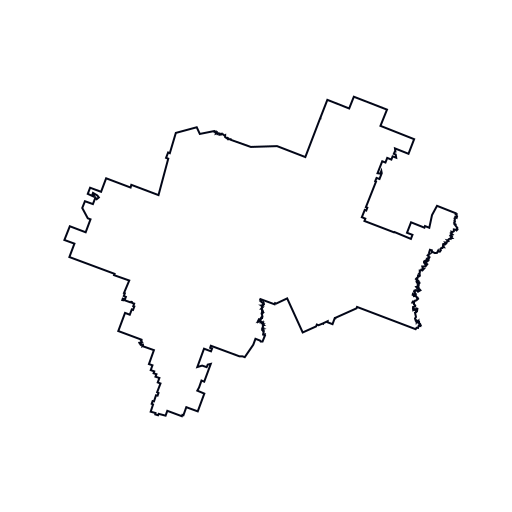 the district of Carrathool, New South Wales, Australia, rotated 283°
{"feature_id": "25037944B9270414762897", "entity_name": "Carrathool", "entity_type": "district", "adm_level": 2, "iso_a3": "AUS", "parent_name": "Australia", "parent_adm1": "New South Wales", "projection": "albers", "projection_center": [145.4, -33.626], "detail": "fine", "context": "isolated", "style": "outline", "palette": "ink", "viewbox_px": 512, "rotation_deg": 283, "n_neighbors": 0, "source": "geoboundaries", "source_scale": "gbopen_adm2", "svg_char_len": 6113}
<svg xmlns="http://www.w3.org/2000/svg" viewBox="0 0 512 512"><g transform="rotate(283 256 256)"><path d="M91.5,234.2L110.3,236.6L111.6,229.1L115.1,230.1L122.4,230.9L121.9,233.8L140.7,236.2L139.3,233.4L136.6,232.9L137.1,228.2L134.6,223.8L154.0,226.2L153.0,233.6L155.9,234.0L156.2,232.0L158.4,232.2L154.5,262.5L155.2,265.4L154.9,267.8L168.9,273.3L175.2,274.1L174.5,279.0L173.7,279.8L174.1,281.6L180.4,282.6L180.4,282.2L181.4,282.2L181.0,281.6L181.4,281.3L181.2,280.6L183.1,280.5L183.3,281.4L183.4,280.6L184.6,280.5L184.6,279.6L185.6,279.3L185.5,278.7L186.3,278.7L186.0,278.8L186.5,279.5L186.5,279.0L187.1,279.1L186.9,278.4L189.8,278.7L189.7,277.8L190.2,278.8L190.3,278.4L190.8,278.6L190.6,278.2L190.8,278.4L191.2,278.3L190.8,277.9L191.2,278.1L191.4,277.3L191.5,277.7L192.5,277.8L192.1,277.1L192.7,277.1L192.3,276.7L193.0,275.9L192.6,276.0L192.4,275.6L192.9,275.6L192.9,274.6L193.6,274.5L192.7,273.4L193.3,273.5L193.0,273.0L193.4,273.2L193.4,272.7L195.0,273.1L194.8,274.0L196.4,274.7L196.1,275.1L197.0,275.3L197.0,275.9L197.8,275.9L197.7,275.2L198.9,275.7L200.5,274.8L201.2,275.1L201.5,274.6L202.0,275.1L202.0,274.5L202.9,274.5L202.5,275.4L203.1,275.5L204.4,274.7L204.3,274.1L205.9,273.7L205.8,273.0L207.5,274.0L207.9,273.1L208.8,273.4L209.0,272.7L209.3,273.8L209.7,273.3L210.7,273.7L210.9,274.5L211.7,274.2L211.5,273.7L212.4,273.3L212.0,273.0L212.2,271.8L213.2,271.4L213.2,270.5L214.5,270.6L214.5,269.9L215.0,270.0L213.1,285.0L214.4,285.2L214.2,286.4L221.7,295.9L192.0,318.7L200.9,330.4L202.9,330.7L202.6,332.5L205.1,336.0L205.0,336.7L205.8,336.9L208.6,340.5L207.5,340.7L206.8,345.9L213.2,346.7L213.2,347.4L213.8,347.5L227.6,365.7L229.1,365.9L220.6,428.0L222.2,428.6L222.4,430.1L224.6,430.2L224.7,431.5L225.6,431.0L225.7,431.9L226.8,431.1L227.1,430.1L228.8,429.6L228.8,429.2L227.5,429.5L227.6,428.5L229.0,428.5L228.2,427.9L228.8,427.4L228.0,427.2L228.6,427.0L228.7,426.3L230.9,425.0L232.6,425.6L236.5,423.7L237.2,424.6L238.7,424.1L238.6,425.3L240.9,425.1L241.0,424.2L239.1,423.0L239.2,422.0L238.6,421.4L239.3,421.1L239.5,421.9L240.0,422.0L240.3,420.8L241.6,420.5L242.6,422.4L243.6,422.3L244.5,420.8L246.0,420.5L245.8,418.8L247.0,419.1L247.4,420.7L248.3,421.0L248.8,422.2L250.8,423.6L251.8,422.7L251.5,422.1L253.2,420.7L252.4,418.9L253.3,418.4L253.4,417.4L254.3,417.4L253.8,419.1L254.9,420.2L255.9,419.0L257.0,418.8L256.9,418.0L257.9,418.1L258.7,419.4L258.4,420.2L258.9,420.6L257.7,421.9L259.6,423.9L260.3,422.9L260.1,422.3L261.3,421.8L260.8,420.4L261.9,419.1L262.5,420.6L263.3,420.3L263.2,421.1L264.4,421.1L264.8,420.5L266.5,421.4L267.8,420.5L267.3,420.6L265.9,419.4L266.4,418.7L267.2,418.2L268.4,419.3L269.0,417.7L269.6,418.4L270.3,418.3L270.4,417.5L271.8,418.5L273.2,418.3L272.9,420.4L273.2,419.8L273.6,420.1L274.9,419.6L275.3,418.8L276.4,419.4L278.7,418.8L278.9,419.7L279.9,420.1L279.4,421.4L281.2,422.4L281.0,421.6L283.2,420.4L284.0,423.5L286.5,424.7L287.0,423.6L286.0,422.7L287.4,421.2L288.5,421.0L289.6,422.1L288.8,422.7L289.5,423.4L289.1,423.9L289.7,424.4L289.8,423.5L290.6,423.4L290.9,425.0L291.6,424.9L291.1,424.5L292.0,423.4L292.8,425.0L293.5,425.2L293.4,424.3L294.5,424.4L295.2,423.1L295.8,423.5L295.7,424.0L296.5,423.8L297.3,424.8L298.3,423.9L301.2,424.1L301.1,426.1L299.1,426.5L299.7,427.1L299.1,429.5L299.7,431.6L302.3,432.3L301.4,433.0L301.6,434.2L303.2,434.8L304.1,434.0L305.4,434.7L305.7,435.8L306.8,435.9L306.9,437.1L308.1,435.9L309.7,435.7L310.1,436.5L309.6,437.4L311.0,438.5L311.8,437.4L312.0,438.3L313.6,439.8L314.2,439.0L314.2,440.1L315.1,439.7L316.0,440.3L316.6,441.1L316.5,441.9L317.3,442.0L317.6,443.0L318.2,442.0L319.0,442.4L319.5,440.7L320.1,440.9L321.1,442.6L322.2,440.7L322.9,441.3L323.6,441.0L323.5,442.0L324.6,443.2L326.4,442.8L326.5,444.5L326.0,445.6L327.1,446.3L327.7,445.6L328.6,445.9L330.5,443.6L331.3,443.5L331.1,442.9L331.6,442.2L332.4,442.3L332.8,441.6L334.2,442.1L334.8,441.4L335.9,441.7L337.3,441.0L337.8,441.5L338.7,441.4L338.3,442.9L339.9,443.0L340.3,442.2L341.9,442.1L341.8,441.1L342.6,441.0L345.6,421.1L335.5,418.3L322.5,418.5L323.2,413.9L321.5,413.7L323.7,399.5L312.6,397.9L311.8,403.7L307.5,403.1L310.5,385.5L310.1,385.2L314.5,353.8L317.0,354.1L317.6,350.4L325.4,351.6L325.1,353.2L328.1,353.6L328.3,352.1L355.5,356.2L355.7,355.3L359.2,355.9L358.8,359.0L365.0,359.9L367.0,359.0L364.2,358.6L364.0,355.8L376.7,357.7L376.2,361.1L381.1,361.8L380.4,366.2L383.8,366.7L383.3,370.5L386.3,369.3L386.6,367.3L389.1,367.8L389.2,368.3L392.1,367.2L389.9,381.6L405.4,383.8L410.8,348.0L428.1,350.7L433.2,315.5L420.7,313.6L424.2,290.4L404.9,287.6L404.7,288.6L404.4,287.5L363.5,281.8L367.8,251.8L361.1,226.4L363.5,205.5L364.1,205.1L363.5,202.7L364.4,202.6L364.7,201.7L364.1,201.3L364.9,199.2L366.7,198.8L366.2,198.3L367.1,196.6L367.0,195.6L367.5,195.2L366.8,194.2L366.4,194.4L365.9,193.1L366.6,192.9L365.9,192.2L366.9,192.5L367.2,192.1L366.2,191.0L367.0,190.5L366.3,189.5L367.6,189.7L367.3,189.0L367.9,188.9L367.6,188.5L368.1,188.0L367.7,187.5L368.3,187.1L362.3,173.8L368.1,169.3L357.9,150.2L336.8,148.9L337.1,147.1L331.4,146.3L331.1,148.6L293.4,147.3L297.3,118.5L294.5,118.4L298.0,92.5L283.7,90.6L285.2,79.0L278.7,78.1L277.4,84.4L278.8,84.6L279.4,82.8L280.8,83.0L279.3,87.7L277.7,89.7L275.5,88.0L276.7,86.4L269.9,85.4L270.9,77.0L263.7,75.9L254.9,83.6L254.5,86.5L240.8,84.7L243.1,67.9L228.5,65.7L227.2,76.3L213.0,74.4L206.8,122.2L205.4,122.0L203.6,138.0L190.2,135.7L190.1,136.6L187.3,136.2L186.9,138.4L184.2,138.0L184.5,135.8L183.0,135.6L183.0,136.5L183.5,136.6L182.6,144.0L183.3,144.6L183.3,145.4L182.4,145.9L182.2,148.0L179.5,147.7L179.4,148.8L175.8,148.3L176.0,147.0L170.4,146.2L171.1,141.2L151.9,138.7L148.6,164.1L148.3,163.0L147.7,162.9L147.2,163.8L146.3,163.5L146.0,164.1L145.2,161.9L144.4,162.5L144.4,163.6L143.5,163.8L143.9,165.6L142.6,165.6L143.0,166.1L142.6,166.2L141.3,177.7L126.6,176.0L126.2,179.7L121.1,179.1L120.7,182.8L118.7,182.6L118.4,185.6L115.8,185.2L115.4,189.3L110.7,188.7L110.3,191.6L101.0,190.3L100.6,191.8L97.8,191.5L97.8,189.9L91.4,189.3L91.4,187.9L88.5,187.6L88.2,189.1L80.6,188.4L80.4,193.4L79.0,193.5L78.8,196.4L80.3,196.7L80.1,203.8L85.2,204.4L83.2,219.8L84.6,220.0L84.5,221.1L93.0,222.1L91.5,234.2Z" fill="none" stroke="#020617" stroke-width="2"/></g></svg>